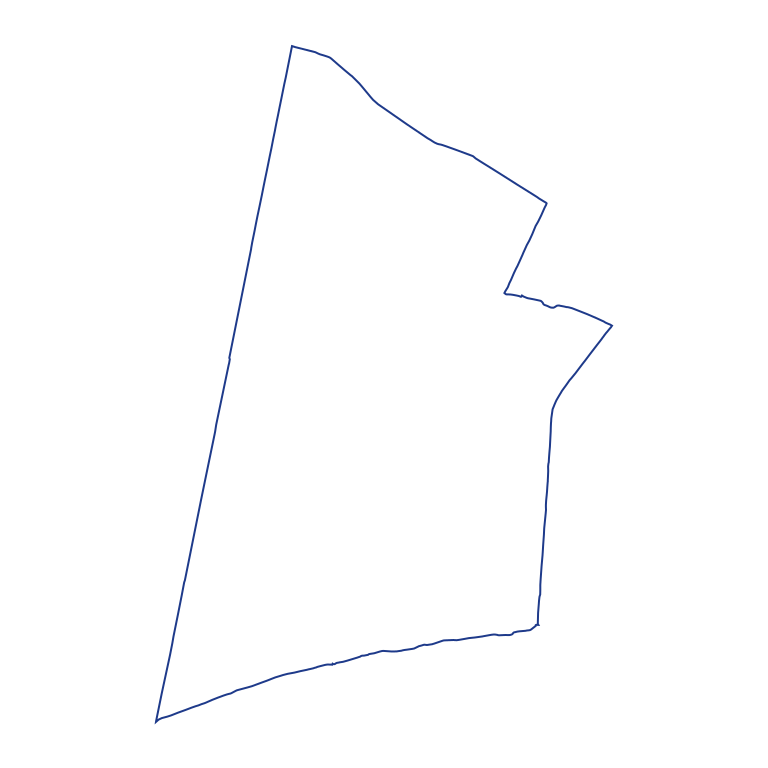 Lak Si, Bangkok Metropolis, Thailand
{"feature_id": "78962969B56226274044395", "entity_name": "Lak Si", "entity_type": "district", "adm_level": 2, "iso_a3": "THA", "parent_name": "Thailand", "parent_adm1": "Bangkok Metropolis", "projection": "natural_earth1", "projection_center": [100.575, 13.882], "detail": "fine", "context": "isolated", "style": "outline", "palette": "blue", "viewbox_px": 768, "rotation_deg": 0, "n_neighbors": 0, "source": "geoboundaries", "source_scale": "gbopen_adm2", "svg_char_len": 5405}
<svg xmlns="http://www.w3.org/2000/svg" viewBox="0 0 768 768"><path d="M612.0,325.7L610.2,324.6L608.7,324.0L608.2,323.8L605.5,322.6L604.7,322.1L603.6,321.4L602.2,320.8L596.8,318.3L587.3,314.2L579.7,311.2L572.0,308.2L568.9,307.4L567.4,307.1L566.6,307.1L564.0,306.5L560.8,305.9L560.2,305.8L559.1,305.5L558.5,305.5L557.6,305.6L557.0,305.7L556.6,305.9L554.6,307.2L553.5,307.7L553.2,307.7L552.3,307.7L550.8,307.5L549.7,307.1L548.1,306.3L547.9,306.2L546.7,305.7L545.3,305.2L544.6,305.0L544.1,304.7L543.5,304.2L543.3,303.9L542.8,302.9L542.7,302.7L541.6,301.5L541.1,301.1L540.8,300.9L540.1,300.7L534.1,299.4L530.0,298.6L528.2,298.3L526.8,297.9L523.2,296.4L522.5,295.8L521.9,295.5L521.3,296.6L521.1,296.7L521.0,296.8L520.9,296.8L520.6,296.7L520.3,296.6L519.9,296.4L518.8,296.0L517.9,295.8L516.5,295.5L512.8,294.8L510.5,294.5L508.3,294.4L506.9,294.4L506.4,294.3L506.2,294.3L505.7,294.1L504.4,293.0L505.5,290.9L507.2,288.2L507.9,287.0L509.4,283.1L511.0,279.9L514.0,272.9L516.1,268.5L517.4,266.1L520.0,260.4L522.5,254.8L523.4,252.6L524.1,251.1L526.8,245.1L529.3,240.6L532.2,234.3L535.6,226.0L538.1,221.7L541.2,215.4L544.3,208.4L544.8,207.3L546.1,204.9L546.4,203.9L546.6,203.3L546.0,202.7L542.8,200.8L541.2,199.8L539.2,198.6L537.0,197.0L517.5,184.8L498.6,172.8L483.2,163.2L479.7,161.0L477.2,159.4L475.9,158.6L475.4,158.2L473.3,156.4L472.8,156.1L471.8,155.7L455.6,149.7L447.5,146.8L446.7,146.5L442.3,145.0L441.6,144.8L440.9,144.6L438.3,144.1L437.8,143.9L437.3,143.8L435.6,143.0L434.7,142.6L433.7,142.0L431.8,140.8L430.8,140.1L427.5,138.2L406.9,124.3L405.9,123.6L379.0,104.9L378.0,104.2L373.7,100.4L373.3,100.1L370.5,96.9L361.3,85.8L360.6,85.0L359.5,83.7L351.9,76.1L350.5,75.1L348.6,73.5L344.4,70.0L337.3,63.9L333.2,60.3L331.6,58.9L330.6,58.1L330.2,57.8L328.8,57.1L327.1,56.5L323.7,55.4L319.9,54.3L317.8,53.4L316.4,52.7L315.3,52.2L314.6,52.0L295.2,47.1L292.0,46.1L285.7,77.7L284.3,84.0L281.4,98.4L279.7,106.7L277.9,115.7L276.7,121.4L275.5,127.5L274.9,130.8L273.2,139.0L271.4,148.3L269.7,156.4L266.9,170.3L265.4,177.5L263.8,185.3L261.8,195.4L259.6,206.0L258.1,213.1L257.5,215.9L255.9,223.9L254.6,230.7L253.7,235.1L252.1,242.9L252.1,243.0L251.6,245.8L251.2,248.1L251.1,249.1L229.3,357.9L229.8,359.2L229.1,363.3L228.7,364.8L216.2,424.7L215.3,430.5L215.2,431.2L214.7,433.8L205.6,477.8L201.0,500.2L184.9,580.3L184.2,582.3L181.7,595.5L179.7,605.6L177.7,615.7L173.5,636.4L172.3,643.4L170.0,655.1L161.8,693.1L156.3,720.1L156.2,720.6L156.0,721.9L158.6,719.6L161.8,718.1L167.4,716.6L171.1,715.4L178.2,712.6L185.4,710.0L191.7,707.6L195.7,706.2L198.4,705.4L201.4,704.2L204.5,703.2L204.8,703.1L212.4,699.8L218.5,697.4L219.4,697.1L223.4,695.6L227.0,694.4L229.3,693.8L230.3,693.6L231.3,693.2L236.6,690.4L237.6,690.1L247.7,687.4L248.4,687.2L251.9,686.2L261.6,682.6L266.6,680.8L269.7,679.6L270.9,679.1L275.3,677.4L280.6,675.8L283.1,675.0L287.8,673.8L294.4,672.6L300.6,671.1L301.6,670.9L306.9,669.8L308.4,669.4L309.2,669.2L309.4,669.2L313.3,668.3L314.7,667.8L316.0,667.5L317.4,666.9L320.4,666.1L325.1,664.9L326.9,664.6L327.8,664.5L328.6,664.5L329.6,664.6L330.9,664.6L332.2,664.7L332.6,663.7L333.1,664.0L333.3,664.1L333.9,664.1L334.3,664.1L334.6,664.1L334.9,664.0L335.2,663.8L335.7,663.5L335.8,663.4L336.1,663.2L336.3,663.1L336.5,663.0L336.8,662.9L339.1,662.5L339.3,662.4L343.1,661.8L347.4,660.6L350.4,659.7L357.6,657.5L358.4,657.2L360.0,656.7L361.1,656.0L362.0,655.7L364.1,655.6L367.7,654.9L368.1,654.8L368.7,654.3L369.5,654.0L373.9,653.3L374.4,653.2L380.0,651.5L382.1,651.0L383.4,650.9L384.7,651.0L391.9,651.5L396.8,651.4L397.9,651.2L401.5,650.7L402.4,650.4L404.3,650.0L406.7,649.7L412.2,648.9L414.2,648.5L418.1,646.6L419.1,646.1L419.7,646.0L421.9,645.4L423.1,645.0L424.2,644.7L427.0,645.0L432.3,644.2L433.1,643.9L433.9,643.7L442.4,640.8L442.7,640.7L443.9,640.4L453.7,640.0L454.5,640.1L456.6,640.2L458.9,639.9L464.6,638.9L468.9,638.1L472.8,637.7L474.8,637.5L482.7,636.4L483.0,636.3L491.3,634.8L493.8,634.5L494.8,634.5L497.4,634.9L498.1,635.2L498.3,635.2L499.3,635.3L500.9,635.2L505.4,635.0L509.0,635.1L509.8,635.0L510.4,634.9L510.8,634.8L511.6,634.5L512.1,634.3L512.5,634.0L513.2,633.0L513.3,632.9L513.8,632.5L514.2,632.3L515.0,632.2L517.3,631.6L519.6,631.3L525.5,630.8L526.9,630.5L528.9,630.3L530.0,630.1L530.6,629.8L531.1,629.5L535.7,625.9L535.7,625.3L535.7,625.2L535.9,625.0L536.5,624.8L538.4,624.9L537.8,623.8L538.1,612.8L538.8,604.0L539.0,601.1L539.2,599.2L539.5,596.7L540.2,594.5L540.3,590.0L540.3,585.0L540.6,579.9L541.6,565.7L542.5,555.7L542.7,552.9L543.2,544.6L543.9,534.9L544.2,528.4L545.7,513.3L546.0,509.9L545.9,507.1L545.9,504.9L546.1,501.3L546.1,501.1L546.4,498.0L546.7,495.1L546.8,493.9L547.0,491.9L547.3,487.1L547.7,482.0L547.8,481.7L547.8,480.2L548.0,476.2L548.2,471.3L548.2,470.7L548.1,466.5L548.4,463.7L548.6,462.9L548.7,462.6L548.8,461.6L549.0,457.9L549.4,452.6L549.9,446.9L550.5,435.2L550.7,431.6L550.8,427.4L551.0,422.8L551.1,422.1L551.3,418.4L552.6,409.3L554.0,405.9L554.2,405.3L555.7,401.8L556.4,400.3L556.5,400.1L558.6,396.5L559.5,395.0L559.9,394.3L560.8,392.9L561.0,392.5L562.0,390.8L564.1,387.9L565.3,386.3L568.0,382.5L568.4,381.9L569.6,380.2L571.3,378.3L574.8,374.0L575.1,373.7L578.5,369.2L581.0,365.9L581.7,365.0L581.9,364.7L584.3,361.6L584.5,361.4L589.7,354.5L597.3,344.6L599.2,342.2L601.5,339.2L602.3,338.1L602.6,337.6L603.2,336.9L603.8,336.1L604.2,335.4L604.5,335.1L606.0,333.1L606.9,332.1L610.1,328.2L610.5,327.8L610.9,327.4L611.3,326.7L612.0,325.7Z" fill="none" stroke="#1e3a8a" stroke-width="2"/></svg>